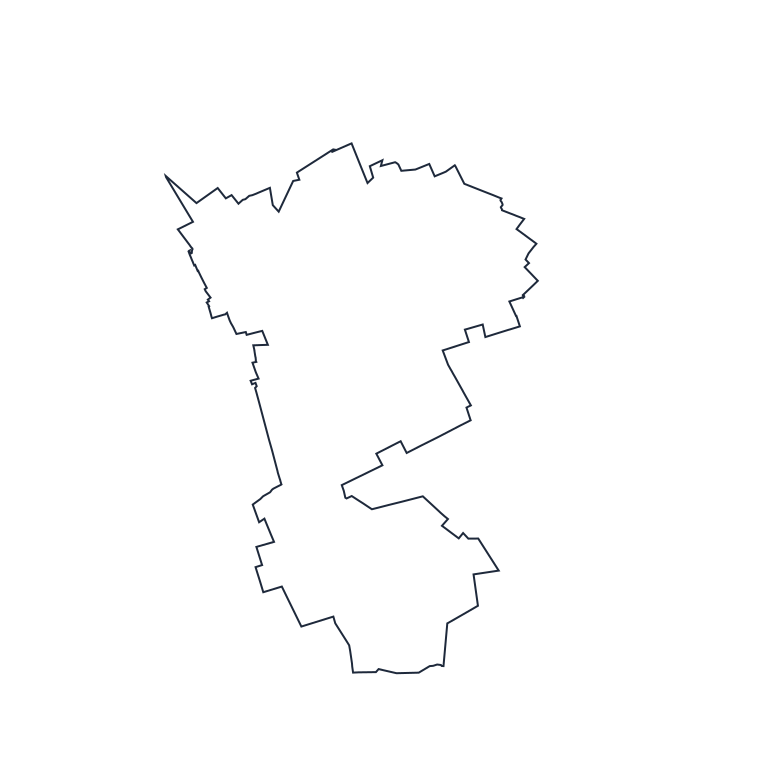 Llera, Tamaulipas, Mexico, rotated 65°
{"feature_id": "50627088B23669554606070", "entity_name": "Llera", "entity_type": "district", "adm_level": 2, "iso_a3": "MEX", "parent_name": "Mexico", "parent_adm1": "Tamaulipas", "projection": "mercator", "projection_center": [-98.912, 23.298], "detail": "fine", "context": "isolated", "style": "outline", "palette": "slate", "viewbox_px": 768, "rotation_deg": 65, "n_neighbors": 0, "source": "geoboundaries", "source_scale": "gbopen_adm2", "svg_char_len": 4209}
<svg xmlns="http://www.w3.org/2000/svg" viewBox="0 0 768 768"><g transform="rotate(65 384 384)"><path d="M103.2,493.9L104.4,494.1L144.2,489.9L156.3,488.6L156.7,505.5L174.2,501.8L175.0,501.6L178.0,501.1L179.3,500.7L179.6,500.6L180.0,500.6L180.3,500.4L181.1,500.7L181.4,501.2L182.8,502.2L184.0,502.8L184.1,503.6L183.8,504.0L182.3,504.4L181.7,504.4L180.9,503.7L180.9,504.4L181.2,505.1L184.7,505.4L187.5,505.5L188.2,505.5L188.8,505.6L189.1,505.6L191.3,505.7L192.5,505.7L193.4,505.8L196.4,505.9L196.3,504.8L202.8,505.1L202.8,504.5L203.0,504.5L203.6,504.6L210.2,504.5L216.4,504.3L222.0,504.0L222.3,506.4L224.6,506.4L232.4,504.7L233.1,508.0L235.1,507.6L235.2,510.2L239.6,509.6L239.7,510.2L241.6,510.5L246.8,511.3L250.0,511.9L251.7,512.1L252.4,506.8L253.3,501.0L253.4,500.1L253.8,498.6L253.1,496.2L255.7,496.5L260.0,496.9L261.2,497.0L264.3,497.0L267.5,496.7L269.2,496.6L276.3,496.6L278.5,487.3L281.4,487.7L283.0,479.1L284.0,473.9L284.4,471.9L299.4,472.7L296.0,480.7L295.5,481.9L295.3,482.4L293.7,486.1L298.3,487.1L298.7,487.3L299.1,487.3L299.5,487.5L301.2,488.0L305.1,489.1L305.6,489.1L306.0,489.3L307.6,489.8L308.5,490.3L310.0,490.4L309.1,494.2L319.1,495.2L326.1,495.4L324.7,503.5L328.5,503.7L328.7,500.0L332.2,500.3L333.1,502.5L337.6,503.2L347.4,504.9L376.6,510.1L385.5,511.7L396.8,513.5L417.8,517.3L419.5,517.7L425.3,518.5L426.2,518.6L427.3,518.7L427.5,518.8L431.3,519.4L431.7,519.4L431.8,520.3L431.9,523.7L432.1,528.6L432.2,528.8L432.3,529.6L432.5,530.2L433.5,532.1L433.8,532.6L434.0,533.2L434.6,540.5L434.7,541.2L436.0,544.7L437.8,553.9L456.5,555.6L455.5,549.3L461.6,549.6L470.6,550.0L472.5,550.1L480.6,550.4L477.7,568.5L495.6,570.9L496.6,571.0L495.7,577.8L498.6,578.2L500.8,578.5L509.9,579.7L521.7,581.4L524.4,562.2L537.1,562.0L547.5,561.8L568.9,561.4L573.4,528.2L580.3,529.3L602.0,526.5L606.1,526.0L611.7,527.5L623.7,531.1L626.6,532.2L632.5,534.0L634.5,529.1L641.7,513.1L640.1,509.4L651.4,494.9L660.3,474.5L659.0,461.8L660.2,458.5L660.7,454.4L662.7,451.2L663.9,450.9L664.8,449.3L627.7,427.8L627.7,427.5L626.9,417.7L624.7,392.6L594.4,383.3L601.6,358.9L563.9,363.9L559.8,372.9L552.5,375.3L555.5,381.5L537.0,391.4L533.4,383.1L529.3,385.1L524.5,387.2L522.7,387.9L513.9,391.5L502.2,396.3L501.6,399.5L498.2,417.7L495.6,431.0L493.6,441.7L492.4,447.9L487.5,450.9L483.2,453.5L479.6,455.8L476.4,457.8L471.9,460.6L471.9,466.3L470.7,467.1L465.2,465.9L463.8,465.6L457.8,465.0L457.0,419.8L443.9,420.4L443.7,415.5L442.9,393.1L456.1,392.6L455.5,376.7L455.0,358.2L453.9,333.1L453.5,320.8L451.3,320.6L451.0,320.5L448.2,320.2L447.5,320.1L445.9,319.9L440.2,319.2L440.1,314.3L429.8,315.1L424.4,315.5L423.9,315.5L414.3,316.2L407.5,316.7L404.2,317.0L402.7,317.1L400.9,317.2L399.0,317.4L393.6,317.8L378.4,316.6L381.7,290.7L381.9,289.3L368.9,287.7L369.3,285.3L371.8,269.4L377.4,270.7L384.3,272.3L384.9,267.8L386.0,259.5L387.5,248.4L387.8,246.6L388.0,245.1L388.6,240.9L389.2,236.5L378.3,235.2L378.2,235.6L362.2,235.5L364.0,221.8L364.8,221.6L364.3,220.1L362.8,220.6L362.7,220.0L362.0,220.3L361.7,219.3L357.6,207.1L355.5,201.0L337.5,207.1L335.7,201.5L331.0,203.1L326.7,197.8L323.5,191.5L323.2,191.0L321.3,186.6L320.1,187.2L312.4,191.4L299.6,198.4L296.9,193.5L293.6,187.2L291.5,189.2L290.7,189.9L287.0,193.5L286.2,194.2L284.2,196.1L282.8,197.5L280.8,199.4L278.5,201.6L276.4,203.6L275.9,203.4L275.5,203.3L275.1,203.3L273.4,203.5L273.1,203.4L272.1,201.3L271.9,200.9L271.5,200.7L271.2,200.6L269.4,200.5L269.1,200.5L268.8,200.5L267.5,200.8L267.1,200.8L266.9,200.8L266.7,200.8L266.5,200.7L266.4,200.6L266.2,200.3L265.9,199.7L265.5,199.1L265.2,199.4L264.9,199.7L264.4,200.2L264.0,200.6L262.7,201.8L258.8,205.4L254.1,209.9L250.0,213.8L236.5,226.6L216.9,227.2L215.7,227.4L217.7,238.2L217.6,241.4L217.2,250.3L203.7,250.0L202.9,264.9L198.1,278.2L191.1,278.2L188.9,279.3L187.7,280.2L185.1,294.7L180.5,290.9L180.6,304.8L192.4,306.6L194.9,314.0L175.7,313.0L152.2,311.7L151.7,332.8L151.1,332.8L151.2,329.1L149.9,330.9L151.8,345.1L155.6,373.6L158.1,373.9L163.1,374.4L161.6,380.5L183.3,406.6L174.9,409.2L163.7,406.1L158.0,404.5L157.5,417.7L157.5,419.1L157.2,423.6L156.5,426.6L157.9,431.5L157.4,434.2L159.1,439.7L148.4,442.3L148.9,448.9L136.1,451.9L139.4,469.9L140.8,477.5L103.2,493.9L103.2,493.9Z" fill="none" stroke="#1e293b" stroke-width="2"/></g></svg>